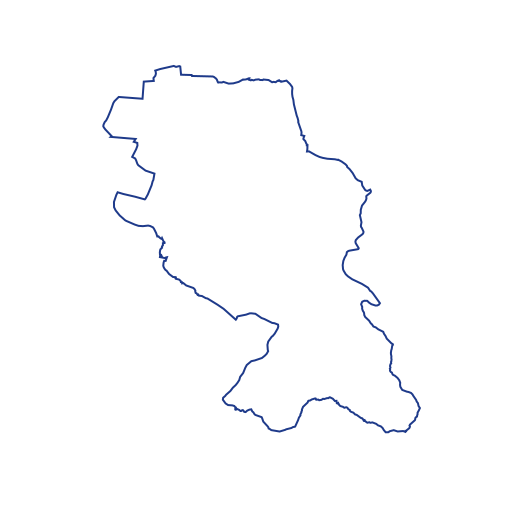 outline of Coas, Maramures, Romania, rotated 348°
{"feature_id": "2599482B41042364837180", "entity_name": "Coas", "entity_type": "district", "adm_level": 2, "iso_a3": "ROU", "parent_name": "Romania", "parent_adm1": "Maramures", "projection": "mercator", "projection_center": [23.595, 47.517], "detail": "fine", "context": "isolated", "style": "outline", "palette": "blue", "viewbox_px": 512, "rotation_deg": 348, "n_neighbors": 0, "source": "geoboundaries", "source_scale": "gbopen_adm2", "svg_char_len": 6074}
<svg xmlns="http://www.w3.org/2000/svg" viewBox="0 0 512 512"><g transform="rotate(348 256 256)"><path d="M316.6,90.1L315.8,90.0L315.1,88.9L314.3,89.4L313.6,89.1L311.4,90.1L309.3,89.3L307.9,89.4L304.9,86.5L299.9,84.9L299.2,85.3L296.6,84.7L295.5,83.8L292.2,83.4L290.2,83.7L288.4,82.8L287.5,83.1L285.7,82.1L286.5,80.8L286.1,80.7L283.0,81.2L280.0,80.9L279.9,80.7L275.2,82.1L269.6,82.4L265.1,81.7L260.3,78.9L258.7,79.2L255.7,78.4L255.1,78.5L254.8,77.9L254.4,75.4L253.8,74.1L252.1,72.1L251.0,71.4L230.8,66.6L230.7,65.6L220.4,63.1L221.3,54.9L220.4,54.3L217.1,54.4L215.1,53.0L201.1,53.2L196.0,53.7L196.2,54.8L196.0,56.9L195.0,58.8L192.8,60.5L192.6,61.3L192.4,63.5L182.5,62.1L177.7,78.6L154.8,71.9L149.7,75.2L148.2,76.8L144.6,82.7L139.9,89.5L137.6,92.3L135.9,93.5L134.2,95.8L133.6,97.3L133.9,98.6L135.0,101.0L139.7,108.7L138.7,109.3L162.6,116.5L160.2,118.9L163.4,120.7L163.0,123.4L161.0,126.6L155.5,133.3L158.1,135.5L158.6,137.4L159.1,141.1L159.7,142.7L165.7,149.5L173.8,154.3L171.4,160.3L170.4,161.5L168.6,165.1L163.0,173.3L159.8,177.0L159.0,177.5L149.9,172.8L139.2,167.8L133.9,164.9L132.1,167.2L128.3,173.6L127.3,178.8L128.2,182.3L131.1,188.0L135.4,193.8L136.4,194.7L144.0,200.1L147.4,202.1L151.6,203.3L156.8,203.8L158.8,204.7L161.2,206.6L161.9,208.2L163.1,212.8L163.5,216.4L164.7,216.5L165.0,217.2L166.3,218.9L167.3,219.7L167.8,219.0L168.5,222.3L169.4,223.6L169.2,224.3L167.6,224.1L167.1,226.3L166.1,227.0L165.7,227.9L165.8,228.4L163.9,229.6L163.4,230.5L162.7,232.4L162.4,234.4L163.4,235.1L163.6,236.0L162.3,235.7L161.8,237.1L167.0,239.3L167.6,238.7L168.6,238.7L166.6,242.0L165.2,241.6L164.3,243.1L163.3,246.1L163.3,247.3L163.8,249.2L164.7,251.1L165.4,251.6L167.2,255.5L170.5,259.3L173.1,260.0L173.2,260.3L172.6,261.3L172.8,261.6L175.8,263.0L177.1,264.7L177.1,265.9L178.1,266.2L178.1,267.4L179.0,267.2L179.3,267.4L181.6,270.3L188.0,274.2L188.9,275.4L189.5,277.2L189.2,278.1L189.3,279.6L190.1,280.1L190.8,281.9L191.5,281.7L191.9,282.9L194.8,283.9L198.1,286.8L199.7,287.5L208.2,295.6L213.3,300.9L223.0,314.1L224.1,313.1L224.9,311.6L225.7,311.2L234.1,311.3L238.0,310.8L239.9,311.2L243.4,312.4L248.5,317.8L251.1,319.4L257.9,324.8L260.1,325.6L263.3,327.7L263.1,329.7L262.1,331.5L258.2,335.8L255.8,337.7L254.6,338.2L250.2,342.2L248.7,345.3L248.0,350.3L248.1,351.6L246.1,353.9L244.0,355.3L240.6,357.0L233.1,357.9L229.6,357.9L224.3,360.7L222.2,363.2L219.1,367.8L215.4,370.9L213.8,373.9L211.4,376.3L209.2,378.1L206.0,380.0L202.9,382.7L197.9,385.5L196.8,386.5L194.4,387.8L193.7,389.7L195.6,393.9L197.7,396.0L201.8,397.2L203.6,398.2L204.1,399.3L204.8,400.0L203.8,401.4L203.9,402.0L204.3,402.2L205.7,401.7L207.6,403.1L208.6,404.4L209.5,404.5L210.5,403.9L211.2,404.1L211.9,405.4L212.0,405.9L212.5,406.2L213.4,406.5L215.3,405.4L217.7,404.9L219.5,405.0L220.0,407.2L221.0,408.5L221.5,410.1L222.3,411.3L228.0,414.8L228.3,416.1L228.7,419.5L231.9,424.9L232.4,425.9L232.5,427.4L233.3,427.9L234.8,429.5L242.6,432.6L248.5,432.1L249.5,431.8L254.8,431.6L256.7,431.0L258.5,431.1L258.9,430.9L263.1,425.2L264.4,423.0L266.3,421.2L266.5,420.1L267.9,418.4L268.1,417.6L268.8,416.8L269.0,415.7L270.7,413.3L276.1,410.0L276.7,408.9L277.3,408.5L278.8,408.6L280.8,407.9L284.3,407.6L284.8,407.9L284.8,408.8L285.0,409.1L287.1,409.4L287.8,410.2L290.1,410.3L291.9,409.6L293.0,410.1L295.8,409.8L297.3,410.1L298.5,409.5L299.0,409.6L301.5,411.6L303.0,414.2L304.6,414.4L304.4,416.7L304.9,417.2L305.8,416.9L305.8,417.6L306.3,418.2L306.3,418.8L307.3,420.3L309.7,421.6L310.8,422.8L312.8,422.7L313.8,423.4L314.5,425.1L315.7,426.1L315.7,427.1L316.5,428.1L318.7,429.5L320.0,431.6L321.4,432.3L324.8,436.1L326.2,436.9L326.4,437.6L327.0,438.2L327.0,438.9L327.9,439.0L327.6,439.9L328.6,440.2L329.1,441.0L330.2,442.2L332.3,442.2L333.1,442.9L335.3,443.0L338.7,445.2L340.1,447.0L342.7,448.6L344.1,450.6L344.8,452.8L346.2,455.4L348.9,455.9L350.3,455.2L354.5,455.0L358.1,457.1L363.5,457.8L365.4,459.0L365.8,458.2L366.5,458.5L366.7,458.0L370.1,456.3L371.0,455.1L371.1,454.7L370.9,453.8L371.6,452.9L377.2,449.7L377.6,449.2L378.2,447.6L378.7,447.1L380.1,446.5L380.5,445.3L381.0,444.7L381.5,442.8L383.1,441.0L384.7,438.8L383.8,436.5L383.8,433.6L382.9,431.7L382.7,430.1L380.6,425.0L380.4,424.1L379.2,422.2L376.9,420.7L375.4,420.1L371.2,417.4L370.0,414.0L370.1,412.0L370.7,409.9L370.3,407.3L369.1,404.7L367.0,402.0L365.2,400.6L364.9,399.8L364.7,398.3L363.7,397.4L363.2,396.1L363.6,395.1L363.5,394.0L364.3,393.2L364.2,391.5L365.0,389.8L365.9,389.2L366.0,387.7L366.4,387.3L367.1,385.2L367.1,384.1L367.6,382.2L367.6,380.1L367.8,378.8L368.7,376.3L369.4,375.2L370.3,372.8L370.9,371.6L371.5,371.3L371.4,370.5L370.3,369.6L366.7,364.0L366.1,361.3L365.0,358.6L364.7,356.6L360.3,353.1L358.3,350.7L356.2,349.4L355.2,346.9L354.3,345.8L353.2,342.8L350.1,338.3L349.6,336.2L349.8,335.1L349.8,333.6L349.1,331.8L348.9,330.0L348.9,329.4L349.3,327.9L348.8,325.0L350.4,322.8L352.7,322.3L355.5,323.0L356.9,325.1L358.8,327.1L362.6,329.3L364.3,329.6L366.2,329.1L367.4,327.9L362.6,316.9L361.3,314.6L360.4,313.9L359.0,310.3L353.8,305.3L345.3,298.8L341.7,295.0L340.0,292.5L338.6,288.4L338.4,286.9L338.9,282.9L340.4,279.0L342.3,276.1L344.7,273.5L345.7,271.1L347.1,270.4L348.3,270.2L356.2,270.5L357.4,270.5L357.8,270.2L358.1,269.7L356.2,264.2L356.2,262.7L356.9,261.2L359.8,259.1L364.1,257.1L365.4,256.3L366.0,255.3L366.2,254.5L365.3,250.5L364.8,249.3L364.9,248.1L366.2,244.9L366.1,237.6L367.3,236.0L368.1,232.6L370.2,228.7L374.2,225.4L375.3,224.0L376.0,222.7L376.2,220.8L376.6,220.1L381.0,217.9L381.6,217.2L381.9,216.4L381.5,214.8L378.5,215.5L377.4,215.0L376.5,214.1L374.6,209.2L374.8,205.4L371.3,203.0L369.6,200.7L367.8,195.0L365.6,190.5L363.7,187.9L363.7,186.7L362.6,184.9L359.4,181.4L356.4,178.9L356.1,179.1L353.3,177.8L346.0,175.7L341.7,173.9L338.7,172.3L335.2,169.7L329.6,164.7L327.6,164.4L328.4,162.3L329.4,158.3L328.7,158.2L328.9,157.2L328.5,156.2L328.1,153.8L326.7,151.6L326.8,150.9L328.2,148.6L325.4,147.2L326.2,144.8L326.3,143.4L325.1,133.7L325.5,132.9L325.4,129.8L325.0,127.0L324.6,115.6L325.0,111.0L324.8,107.9L325.0,105.2L325.6,102.2L326.5,99.5L326.5,98.1L325.0,94.8L322.3,90.8L316.8,90.8L316.6,90.1Z" fill="none" stroke="#1e3a8a" stroke-width="2"/></g></svg>